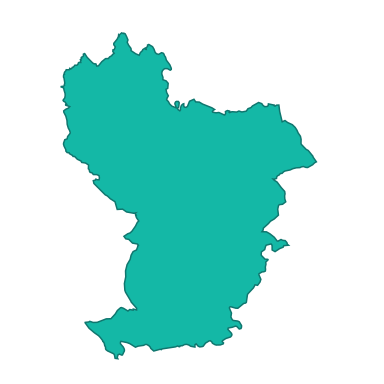 Godeanu, Mehedinti, Romania, rotated 177°
{"feature_id": "2599482B82474731050833", "entity_name": "Godeanu", "entity_type": "district", "adm_level": 2, "iso_a3": "ROU", "parent_name": "Romania", "parent_adm1": "Mehedinti", "projection": "albers", "projection_center": [22.605, 44.8], "detail": "fine", "context": "isolated", "style": "filled", "palette": "teal", "viewbox_px": 384, "rotation_deg": 177, "n_neighbors": 0, "source": "geoboundaries", "source_scale": "gbopen_adm2", "svg_char_len": 6004}
<svg xmlns="http://www.w3.org/2000/svg" viewBox="0 0 384 384"><g transform="rotate(177 192 192)"><path d="M277.5,29.9L274.8,29.4L275.2,30.3L275.2,31.0L274.4,33.3L273.0,33.9L270.7,32.8L270.0,32.9L267.8,36.9L267.8,38.5L268.7,40.7L271.4,44.2L271.3,45.8L270.8,46.6L264.7,45.0L262.0,43.8L256.6,40.0L253.9,40.9L248.3,41.4L246.6,42.2L245.1,42.1L242.9,40.6L241.8,39.2L241.3,37.9L238.5,35.2L232.1,36.6L230.8,36.2L230.1,36.9L216.7,38.2L214.3,39.0L212.9,38.1L212.2,38.3L211.9,39.0L209.7,39.0L207.6,40.0L205.6,40.2L203.4,39.5L201.3,38.0L197.2,37.0L197.0,39.4L195.8,40.1L193.9,37.7L192.3,36.9L189.8,37.1L188.9,37.4L186.4,40.4L182.7,42.4L181.5,42.5L180.1,41.3L179.5,39.9L177.2,38.4L175.8,37.9L171.7,37.8L168.8,38.7L168.4,39.6L169.7,41.0L169.2,42.0L165.9,43.9L161.1,45.2L159.9,46.5L159.6,47.7L160.0,48.9L163.4,53.0L162.9,54.3L158.9,54.8L155.6,55.8L154.3,55.4L152.0,52.7L150.2,53.1L149.6,54.5L149.5,56.0L151.5,59.8L153.0,60.7L157.6,61.6L158.5,62.4L159.7,65.1L158.9,69.0L160.6,73.7L160.7,74.5L160.4,75.1L159.4,75.4L154.4,73.7L152.3,73.5L146.2,78.0L144.3,78.3L143.5,79.0L142.0,86.6L141.4,87.5L135.6,93.1L133.9,96.0L131.4,95.4L128.8,98.5L127.8,101.2L129.5,105.8L129.4,106.9L126.2,108.5L124.3,108.6L122.9,109.2L122.6,110.9L122.7,113.2L121.9,116.1L122.1,118.0L119.6,120.3L119.9,120.8L122.6,121.1L126.0,125.0L126.2,125.7L125.8,128.6L122.4,130.7L121.5,133.6L120.7,135.0L115.8,136.0L114.8,134.5L115.0,129.9L112.2,128.1L107.4,130.9L103.9,132.1L103.1,133.6L98.4,133.8L99.5,134.8L99.9,136.6L101.5,138.6L104.0,139.0L105.6,139.9L108.7,138.4L109.6,138.7L112.2,142.5L116.4,146.2L119.7,148.3L124.2,148.7L123.0,150.2L122.6,152.2L117.3,156.5L115.2,158.7L111.2,160.8L106.9,164.4L107.3,170.4L106.3,174.0L105.4,174.8L102.2,175.0L98.9,177.3L99.7,180.2L99.7,183.3L99.2,185.3L99.4,187.7L102.7,191.8L106.5,197.5L109.3,199.5L110.3,200.7L109.2,200.5L106.9,201.1L106.6,202.7L105.8,203.7L104.1,204.4L102.8,205.8L101.1,205.9L99.3,207.5L97.9,208.1L92.8,208.9L90.1,210.0L86.6,210.7L82.9,210.7L81.3,211.4L79.3,211.6L77.0,210.6L75.2,210.4L70.1,212.9L68.1,214.7L66.2,215.6L69.2,220.4L69.4,221.4L73.7,227.3L75.9,228.7L80.3,233.8L80.6,234.7L80.3,238.9L80.8,242.0L82.9,245.4L84.0,248.3L85.6,251.1L88.3,254.0L92.9,256.4L95.4,258.5L98.3,257.4L100.2,267.7L100.7,274.3L103.0,274.3L104.6,273.4L105.6,274.0L105.4,274.5L111.1,276.0L111.4,274.3L112.4,273.5L114.9,273.4L116.6,274.8L117.7,276.6L120.8,277.9L127.1,274.8L128.7,273.2L131.7,272.3L133.6,269.9L138.0,269.3L140.9,270.4L143.2,269.5L147.9,270.1L150.3,269.3L150.7,269.6L149.9,270.4L150.1,270.8L152.4,271.5L154.4,270.6L154.3,268.7L155.2,267.3L155.6,267.2L161.0,270.0L163.9,269.8L167.1,270.6L167.4,271.2L166.6,272.4L165.1,273.2L167.8,275.1L176.7,279.2L180.0,281.4L183.6,281.8L185.2,284.5L189.7,282.8L192.0,277.8L193.4,276.8L195.2,277.2L195.7,278.2L195.6,280.6L196.4,280.4L198.0,279.1L199.1,276.6L199.2,274.5L199.9,273.7L201.6,275.0L202.4,276.6L201.2,277.0L200.7,278.2L200.1,281.8L200.8,283.1L202.6,283.3L203.6,282.9L204.2,282.0L204.5,280.9L203.5,277.8L203.7,277.0L207.6,278.8L209.7,281.1L210.9,283.6L212.5,285.4L212.0,287.0L210.6,289.3L212.1,292.6L212.6,295.9L210.8,296.8L210.1,301.8L212.0,304.3L215.2,305.7L215.0,308.0L216.0,311.4L215.7,313.5L215.0,314.9L213.0,316.6L210.1,316.5L207.4,314.8L206.3,315.4L206.2,316.6L207.5,320.2L210.7,325.0L211.4,328.1L212.3,329.5L212.9,331.4L213.6,332.2L215.2,332.7L218.0,331.2L220.2,331.9L221.5,333.4L222.5,336.7L223.8,339.2L227.4,341.6L228.7,341.1L228.8,339.6L230.3,338.5L230.2,336.8L230.8,336.9L231.4,338.1L233.7,336.8L234.1,335.8L236.2,334.0L237.6,331.3L241.0,333.0L245.5,336.4L245.3,337.9L245.6,338.9L247.5,341.7L248.9,344.9L248.0,347.2L249.2,350.6L250.4,353.4L251.8,354.2L252.3,353.8L253.9,354.6L256.2,352.8L256.6,351.6L257.1,352.5L257.3,351.2L258.7,348.6L262.3,344.6L262.4,343.1L261.0,340.9L262.3,338.2L263.5,338.1L263.7,336.4L262.5,334.6L264.4,333.3L264.7,332.5L267.2,331.2L268.5,329.7L271.4,329.7L275.2,326.9L278.8,322.9L280.5,322.7L281.3,325.0L282.9,325.1L284.4,326.0L289.7,332.0L291.8,335.7L292.2,335.9L293.3,335.3L293.2,334.2L293.7,333.0L295.3,332.4L295.6,332.0L295.3,331.1L296.5,330.1L295.9,329.4L296.5,328.6L296.3,327.2L298.1,327.3L298.7,326.9L299.3,325.4L300.4,324.6L302.3,324.8L303.9,322.9L305.0,322.8L305.4,322.0L306.7,321.1L307.5,321.9L308.3,320.5L311.2,320.7L311.4,320.0L313.0,318.3L313.5,316.9L313.2,316.3L313.9,315.9L314.2,314.8L314.3,313.4L313.9,312.6L313.4,308.4L313.4,307.1L313.9,306.0L313.7,305.2L314.7,304.4L317.1,304.2L317.2,303.8L314.7,302.6L314.5,300.7L313.6,297.0L313.6,295.0L314.1,292.7L315.9,290.5L315.9,290.0L315.3,289.2L314.4,288.9L312.6,286.3L312.5,286.0L313.6,286.0L313.6,285.3L309.6,283.7L311.0,282.3L313.8,281.2L315.9,279.7L315.8,278.3L314.0,274.3L313.1,270.0L313.1,266.1L312.2,262.3L311.0,259.8L310.5,257.7L310.7,256.9L313.3,253.9L313.9,251.6L316.3,250.9L317.7,247.5L317.8,246.4L317.3,244.3L315.8,240.9L315.8,239.4L314.6,237.9L312.6,237.6L312.4,236.7L309.5,234.8L308.9,233.7L307.3,233.6L304.8,230.7L301.3,228.8L300.6,227.3L296.8,226.5L293.9,224.4L294.3,220.6L293.5,219.8L293.3,218.1L292.7,216.9L291.0,216.5L289.6,214.6L286.0,214.3L284.0,213.2L283.7,210.9L284.2,209.1L286.0,209.2L287.3,209.9L287.8,209.0L290.0,208.5L289.5,205.6L278.8,193.7L276.7,192.5L273.9,189.5L269.4,186.3L267.6,178.5L262.2,178.5L258.4,175.5L251.2,173.8L249.6,174.0L250.0,173.7L249.0,171.9L249.5,171.8L248.8,169.3L246.7,165.8L248.2,164.5L250.2,160.9L254.0,156.0L256.1,154.3L258.3,153.7L262.3,151.3L260.6,148.7L257.6,148.0L254.1,144.1L249.2,142.9L248.3,141.6L249.1,140.9L249.0,140.3L250.5,137.0L253.9,135.6L256.1,132.1L257.3,127.9L260.6,122.9L262.5,116.7L262.6,110.8L264.3,104.1L264.2,97.5L263.6,95.4L258.7,86.1L258.5,85.3L253.4,78.9L253.5,77.1L256.8,78.2L257.0,77.1L260.3,77.9L262.2,76.5L266.6,79.5L268.6,80.3L269.5,80.1L272.7,77.6L275.1,74.1L279.6,69.7L284.3,69.8L293.5,66.8L297.6,66.9L300.8,68.2L301.9,67.6L305.5,67.4L305.6,67.0L301.9,61.3L296.8,56.5L292.8,53.4L291.2,51.5L289.0,48.3L288.9,47.4L288.1,46.7L287.5,45.2L287.2,43.1L286.5,41.7L286.5,39.8L286.1,39.0L284.6,37.7L279.0,34.7L278.1,33.8L277.5,29.9Z" fill="#14b8a6" stroke="#0f766e" stroke-width="1.5"/></g></svg>